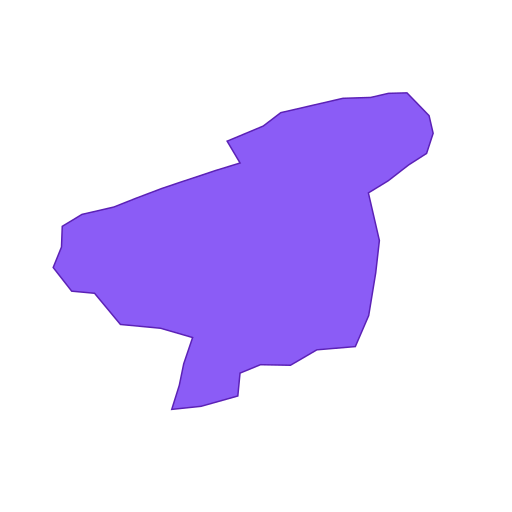 outline of Vyzakia, Nicosia, Cyprus, rotated 257°
{"feature_id": "46923920B13954431934634", "entity_name": "Vyzakia", "entity_type": "district", "adm_level": 2, "iso_a3": "CYP", "parent_name": "Cyprus", "parent_adm1": "Nicosia", "projection": "albers", "projection_center": [33.022, 35.072], "detail": "fine", "context": "isolated", "style": "filled", "palette": "violet", "viewbox_px": 512, "rotation_deg": 257, "n_neighbors": 0, "source": "geoboundaries", "source_scale": "gbopen_adm2", "svg_char_len": 692}
<svg xmlns="http://www.w3.org/2000/svg" viewBox="0 0 512 512"><g transform="rotate(257 256 256)"><path d="M290.4,55.8L263.2,68.5L256.0,90.3L219.8,108.5L207.1,146.7L190.8,175.9L167.2,161.3L147.3,152.2L125.5,139.4L121.9,168.6L123.7,206.8L145.5,214.1L149.1,235.9L141.8,265.0L150.9,294.2L145.4,332.4L172.6,352.4L212.5,368.8L243.3,379.7L268.7,379.7L292.2,379.7L299.5,401.6L310.4,425.2L317.6,445.3L335.7,456.2L353.8,456.2L381.0,439.8L384.7,421.6L384.7,403.4L390.1,376.1L390.1,345.1L390.1,312.4L381.0,292.3L374.4,253.7L350.2,261.4L348.4,235.9L344.8,197.7L343.0,179.5L339.3,152.2L335.7,128.5L335.7,95.8L328.5,73.9L308.5,68.5L290.4,55.8Z" fill="#8b5cf6" stroke="#5b21b6" stroke-width="1.5"/></g></svg>